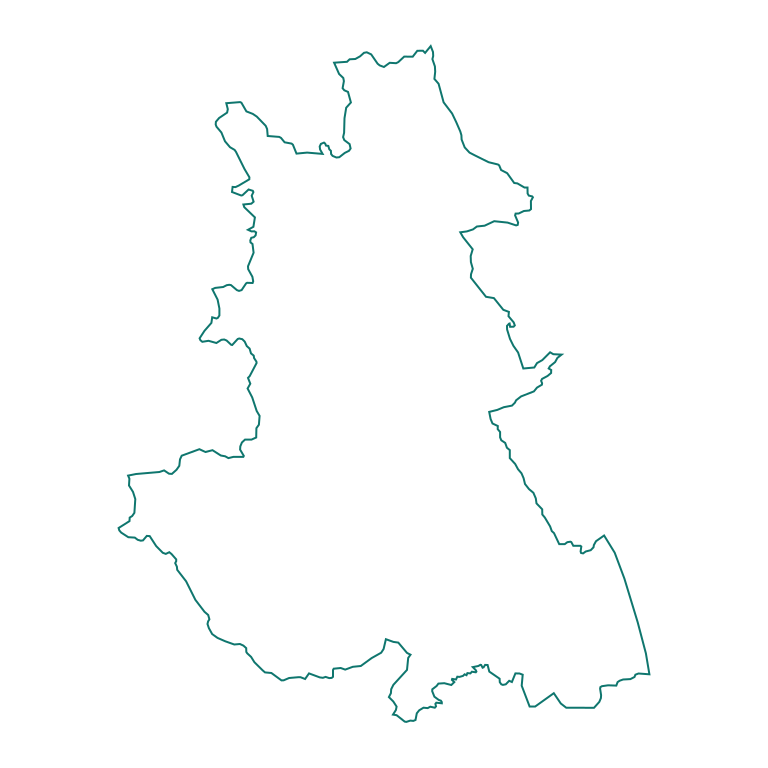 outline of Thanh Son, Phú Thọ, Vietnam
{"feature_id": "81297802B60314868788909", "entity_name": "Thanh Son", "entity_type": "district", "adm_level": 2, "iso_a3": "VNM", "parent_name": "Vietnam", "parent_adm1": "Phú Thọ", "projection": "robinson", "projection_center": [105.189, 21.087], "detail": "fine", "context": "isolated", "style": "outline", "palette": "teal", "viewbox_px": 768, "rotation_deg": 0, "n_neighbors": 0, "source": "geoboundaries", "source_scale": "gbopen_adm2", "svg_char_len": 6094}
<svg xmlns="http://www.w3.org/2000/svg" viewBox="0 0 768 768"><path d="M594.0,707.8L599.3,701.9L600.9,698.1L601.1,695.2L600.1,688.7L600.4,687.1L601.9,686.2L608.1,685.3L616.3,685.6L617.6,682.1L619.7,680.7L623.1,679.5L630.4,679.1L634.5,677.0L635.4,674.7L638.5,673.5L649.4,674.3L645.9,653.4L637.7,622.3L624.4,578.6L614.7,552.7L604.1,535.5L596.0,541.2L593.9,545.0L593.5,547.3L590.7,550.2L585.7,551.5L583.1,553.4L581.1,553.0L580.6,551.5L581.3,546.5L580.4,545.8L573.3,545.8L571.3,542.1L570.4,541.7L567.3,542.2L564.8,544.1L559.2,544.1L554.0,533.1L551.8,531.1L550.1,526.4L544.8,517.5L542.3,514.5L542.2,509.3L536.5,503.4L535.8,498.4L533.4,492.8L529.0,489.1L525.0,484.0L523.6,478.2L521.5,473.3L518.0,469.2L515.2,464.0L509.8,458.1L509.8,450.1L506.9,447.7L505.2,442.9L501.3,440.3L500.1,437.4L500.1,432.0L497.7,429.1L497.8,426.0L492.5,423.5L490.6,419.0L489.2,411.9L497.3,409.9L503.8,407.2L512.0,405.6L514.9,402.7L516.1,400.3L521.1,396.4L533.9,391.4L537.0,387.6L541.9,384.7L542.1,383.2L541.1,380.8L542.1,378.9L547.5,376.0L551.1,373.0L551.2,370.0L548.7,368.5L549.9,366.3L555.1,362.1L557.4,357.9L561.6,354.6L553.3,354.2L550.1,352.3L542.3,360.1L537.0,363.1L534.3,367.5L523.3,368.5L518.1,352.5L513.4,345.8L510.0,338.9L507.1,329.5L507.0,325.9L509.0,323.7L509.6,323.5L510.1,326.8L513.6,326.7L514.8,325.4L513.7,322.4L508.5,316.2L508.9,311.9L503.3,309.8L493.9,298.1L486.0,296.8L470.9,277.7L471.0,274.3L472.8,268.8L470.9,262.1L470.7,256.0L472.7,249.3L463.1,237.2L460.3,232.3L466.9,231.4L473.0,229.4L476.9,226.5L484.6,225.7L494.2,221.2L507.6,222.6L516.1,225.4L517.7,224.9L518.1,222.5L515.1,215.4L515.6,213.6L518.7,213.5L523.9,211.0L529.3,210.5L531.0,209.1L530.9,201.0L532.9,197.3L532.2,196.4L528.8,195.6L527.6,193.5L527.5,187.5L524.4,187.5L517.4,183.4L514.2,183.0L507.2,173.2L501.1,170.0L499.2,165.4L498.0,164.5L488.6,162.2L474.9,155.4L469.5,152.6L464.7,147.4L461.6,139.5L461.4,135.2L460.3,131.5L456.3,122.3L452.1,113.5L443.6,102.3L438.6,83.8L434.4,78.9L435.2,71.7L434.9,66.4L432.4,59.1L433.2,56.0L433.0,52.0L430.7,46.1L425.1,52.9L422.9,50.7L417.3,50.8L412.7,56.7L404.2,56.6L398.3,62.1L396.1,63.2L389.7,62.8L383.9,67.0L379.7,65.4L377.6,63.7L371.2,54.4L366.8,52.3L364.0,52.8L360.1,56.3L355.3,59.0L349.6,59.3L347.0,61.8L334.1,62.7L339.1,74.0L343.3,78.0L343.9,81.1L342.6,88.2L344.3,90.3L348.0,91.9L350.9,102.5L346.2,107.7L344.5,118.2L344.1,132.8L343.1,137.1L344.3,140.1L349.6,144.1L350.6,148.5L349.0,150.8L344.8,152.9L339.3,157.2L336.4,157.5L332.6,155.9L331.1,154.0L330.9,150.8L329.3,149.3L328.3,145.9L326.0,145.6L325.2,143.6L324.0,142.6L320.9,143.9L319.7,146.5L320.1,149.5L322.6,153.9L307.1,152.6L296.5,153.6L292.9,144.7L291.6,143.6L284.6,142.3L281.0,137.9L279.2,136.9L267.7,136.0L267.1,129.0L265.7,125.8L256.8,116.6L252.8,113.9L246.4,111.4L241.4,102.7L240.1,102.1L226.3,103.2L227.8,109.2L227.1,112.6L219.1,118.0L215.9,121.8L215.7,124.5L216.5,126.7L221.4,132.5L225.0,141.3L230.0,147.2L234.6,149.9L236.0,151.9L244.5,169.0L249.4,177.3L249.3,179.3L238.7,185.6L235.5,187.1L232.6,186.9L232.0,192.0L241.2,195.5L242.5,195.2L248.6,189.5L252.8,190.8L253.4,192.1L251.7,195.7L253.6,201.7L251.3,203.7L243.4,204.5L244.3,207.2L254.9,217.4L253.4,226.8L248.0,229.8L251.5,231.4L254.4,231.3L256.1,232.4L255.6,235.4L253.8,237.2L251.3,237.8L250.3,240.4L250.5,242.4L252.5,244.0L253.6,252.7L248.0,266.3L248.2,269.2L252.4,276.8L253.2,281.3L252.6,283.0L247.1,282.8L246.1,283.4L241.6,290.1L239.0,290.9L236.9,290.1L231.0,285.1L229.2,284.8L226.7,285.2L223.2,287.0L215.2,287.9L212.3,289.2L217.6,299.6L219.4,308.5L219.4,315.5L217.8,317.9L216.5,318.5L212.2,317.3L211.4,322.9L204.5,330.8L199.6,338.3L200.4,340.2L202.3,341.8L208.5,340.8L216.4,343.0L221.4,339.8L224.2,339.5L226.6,340.5L231.2,344.8L232.2,345.0L237.7,339.0L239.2,338.5L242.3,339.2L244.7,341.6L246.8,346.1L249.6,348.6L251.0,353.4L253.7,355.6L254.1,358.1L256.4,361.6L256.6,363.0L249.7,376.1L248.0,377.9L250.3,383.7L247.6,388.5L252.2,397.4L256.7,411.0L259.6,415.9L258.9,424.7L256.4,428.2L256.2,437.5L251.5,439.6L245.0,439.6L241.9,442.5L240.3,446.4L240.1,449.6L243.8,455.9L243.3,456.9L233.3,456.9L228.4,458.1L225.2,456.3L220.8,455.5L212.5,450.2L205.4,452.0L199.4,449.2L181.7,455.7L180.0,459.4L179.3,465.8L176.5,469.8L171.9,473.9L169.0,473.7L164.1,470.4L159.4,472.0L136.1,474.0L128.1,475.6L129.4,478.7L129.0,485.5L133.0,491.9L135.3,499.1L134.4,512.8L132.2,516.0L129.7,517.6L129.5,521.1L118.6,528.0L119.3,530.4L121.2,532.6L128.3,537.2L134.8,537.6L137.7,539.8L140.8,540.7L143.0,540.4L146.8,535.9L149.7,536.1L156.2,546.1L162.8,552.8L165.8,553.9L169.3,552.2L171.6,554.1L176.2,559.4L176.2,561.2L175.2,563.1L176.9,566.7L177.2,569.8L186.1,581.3L195.4,599.9L204.5,611.8L208.2,615.0L209.4,619.3L208.1,621.4L207.5,624.0L208.9,628.2L212.2,634.1L217.5,637.9L225.3,641.3L234.3,644.5L239.9,644.0L243.4,645.6L246.2,648.1L246.3,651.9L247.2,653.3L251.1,656.9L254.4,662.2L262.6,670.3L265.0,672.4L271.4,673.0L281.5,680.4L283.7,680.3L289.1,678.0L298.3,677.2L300.5,677.2L305.1,679.0L309.0,673.4L319.8,677.4L322.9,677.8L325.6,676.9L329.2,678.1L331.7,677.9L333.0,676.8L333.0,670.0L333.7,668.7L340.7,668.0L345.2,669.6L352.8,666.8L360.8,666.0L371.6,658.1L381.2,652.7L383.6,649.0L385.9,639.2L393.4,641.9L398.3,642.6L407.0,652.9L410.5,654.7L408.2,657.9L407.0,669.9L393.4,684.8L391.2,689.2L390.9,693.2L388.9,697.1L393.3,701.5L396.6,706.6L395.9,710.0L393.0,714.6L396.6,715.2L404.7,721.6L406.3,721.9L410.3,720.6L413.3,720.9L415.5,720.0L416.8,713.3L419.2,710.3L423.5,707.7L427.7,708.1L430.3,706.7L434.8,707.7L436.0,706.4L435.4,703.9L436.3,702.7L441.8,703.3L441.8,702.1L440.9,700.7L438.7,699.9L434.4,696.7L432.2,691.2L432.3,689.3L436.6,686.0L438.4,683.6L444.3,683.2L451.3,685.0L454.3,682.1L451.9,679.9L452.2,678.9L456.0,679.5L457.3,676.7L459.5,676.9L463.0,675.9L464.6,674.3L466.5,675.2L467.4,673.1L470.4,673.4L471.9,671.7L475.8,672.3L476.4,671.6L475.9,670.3L472.8,667.1L478.3,666.0L480.4,664.8L481.2,665.0L482.6,667.7L483.6,667.3L485.1,664.9L487.6,665.0L489.3,671.6L499.6,678.7L499.8,682.2L501.3,684.3L502.9,684.9L505.8,684.3L509.2,680.8L511.9,682.0L515.4,673.4L519.5,673.5L522.7,674.7L521.7,685.7L529.6,706.5L535.2,706.5L553.8,693.2L560.8,703.5L566.2,707.7L594.0,707.8Z" fill="none" stroke="#0f766e" stroke-width="2"/></svg>